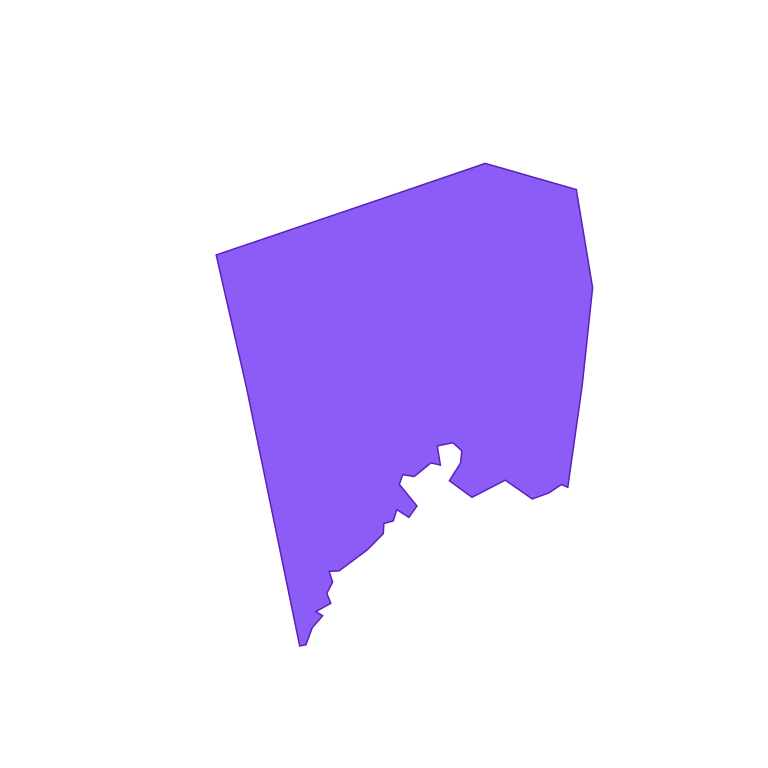 outline of Comal, Texas, United States of America, rotated 302°
{"feature_id": "52423323B34146067891906", "entity_name": "Comal", "entity_type": "district", "adm_level": 2, "iso_a3": "USA", "parent_name": "United States of America", "parent_adm1": "Texas", "projection": "orthographic", "projection_center": [-98.378, 29.816], "detail": "fine", "context": "isolated", "style": "filled", "palette": "violet", "viewbox_px": 768, "rotation_deg": 302, "n_neighbors": 0, "source": "geoboundaries", "source_scale": "gbopen_adm2", "svg_char_len": 699}
<svg xmlns="http://www.w3.org/2000/svg" viewBox="0 0 768 768"><g transform="rotate(302 384 384)"><path d="M117.2,451.3L121.4,456.0L139.4,452.3L155.0,454.8L154.9,446.8L169.8,455.1L176.2,446.4L188.8,445.4L196.1,436.7L201.7,444.9L234.5,457.7L256.7,462.7L265.6,457.8L272.8,464.4L284.2,461.5L284.1,475.8L298.0,476.6L307.0,450.2L317.0,447.9L321.6,458.7L342.0,465.6L345.1,474.8L359.7,462.0L370.7,473.5L368.6,485.3L357.7,490.8L336.6,490.7L334.6,518.7L366.7,537.8L365.1,570.7L379.2,581.6L392.7,587.7L393.8,594.6L487.3,553.1L576.2,509.9L649.3,445.4L650.8,444.1L637.5,397.6L634.6,387.4L624.7,352.9L549.8,292.0L404.5,173.3L308.7,268.7L117.2,451.3Z" fill="#8b5cf6" stroke="#5b21b6" stroke-width="1.5"/></g></svg>